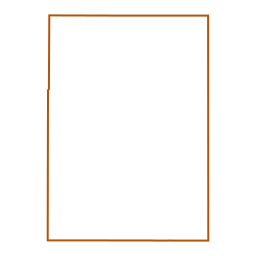 Gage, Nebraska, United States of America
{"feature_id": "52423323B4603468379444", "entity_name": "Gage", "entity_type": "district", "adm_level": 2, "iso_a3": "USA", "parent_name": "United States of America", "parent_adm1": "Nebraska", "projection": "robinson", "projection_center": [-96.689, 40.262], "detail": "fine", "context": "isolated", "style": "outline", "palette": "amber", "viewbox_px": 256, "rotation_deg": 0, "n_neighbors": 0, "source": "geoboundaries", "source_scale": "gbopen_adm2", "svg_char_len": 423}
<svg xmlns="http://www.w3.org/2000/svg" viewBox="0 0 256 256"><path d="M86.9,240.4L152.0,240.5L156.3,240.6L158.2,240.6L166.4,240.6L166.7,240.6L170.3,240.5L174.9,240.6L181.6,240.6L185.8,240.6L206.1,240.6L207.0,240.6L208.3,240.6L208.2,128.0L208.1,15.6L122.0,15.6L49.3,15.4L48.9,89.1L48.0,90.3L47.7,240.4L47.8,240.4L60.4,240.4L61.2,240.4L62.4,240.4L62.8,240.4L86.9,240.4Z" fill="none" stroke="#b45309" stroke-width="2"/></svg>